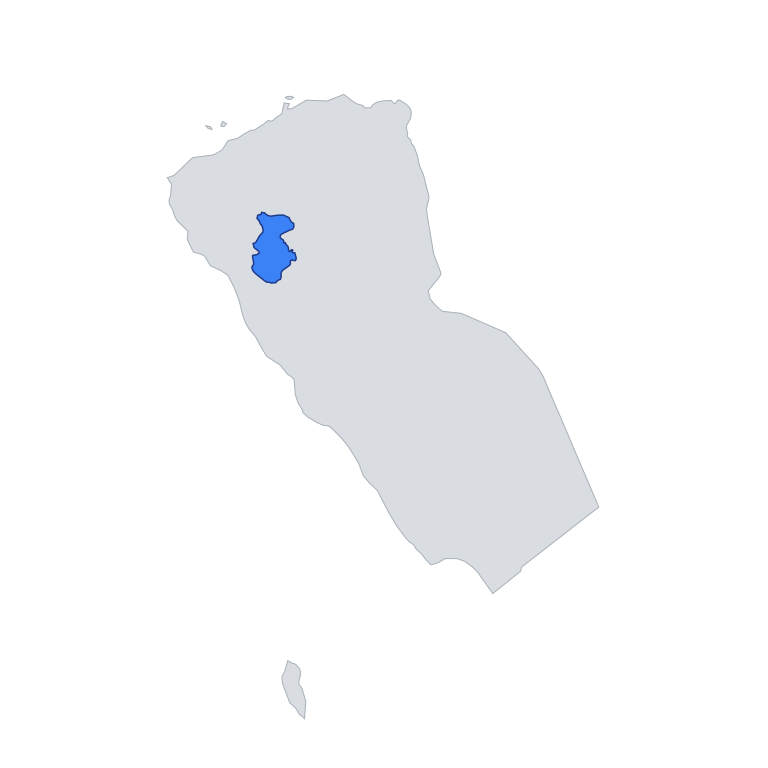 Al Bayda' on a map of Yemen (Mercator projection), rotated 75°
{"feature_id": "YEM-333", "entity_name": "Al Bayda'", "entity_type": "Governorate", "adm_level": 1, "iso_a3": "YEM", "parent_name": "Yemen", "parent_adm1": "", "projection": "mercator", "projection_center": [45.347, 14.319], "detail": "fine", "context": "in_parent", "style": "filled", "palette": "blue", "viewbox_px": 768, "rotation_deg": 75, "n_neighbors": 0, "source": "natural_earth", "source_scale": "10m", "svg_char_len": 4343}
<svg xmlns="http://www.w3.org/2000/svg" viewBox="0 0 768 768"><g transform="rotate(75 384 384)"><path d="M614.6,333.2L589.1,342.6L582.4,346.8L576.2,351.9L571.7,358.4L568.5,369.7L570.9,380.0L570.7,385.5L564.1,389.2L557.9,391.8L551.1,395.9L546.9,396.9L543.5,400.1L539.6,402.3L525.4,408.1L509.8,412.6L485.1,418.0L475.6,423.8L466.9,427.8L453.7,429.0L435.6,434.5L425.5,438.9L413.0,446.1L410.2,448.4L408.0,453.7L404.2,458.3L396.7,465.8L391.0,469.6L387.2,469.8L379.9,471.9L371.2,472.4L356.7,469.7L352.9,471.6L349.8,474.5L338.6,479.6L327.2,489.9L318.8,492.6L305.3,495.8L295.9,500.1L289.5,501.8L281.3,502.7L266.2,502.3L251.9,503.8L238.6,506.7L232.3,512.2L225.2,520.8L213.6,524.4L210.9,527.5L207.3,533.9L199.7,535.5L192.9,536.6L185.9,533.8L172.8,541.5L167.9,542.8L160.3,543.1L155.0,544.7L151.1,544.2L146.3,541.2L136.2,537.6L128.7,539.9L128.1,532.7L115.8,510.4L118.4,491.0L118.3,488.3L115.9,479.6L108.6,471.7L108.8,461.6L106.3,454.4L104.4,447.0L105.0,445.0L105.1,443.3L101.4,431.8L100.1,429.5L99.6,427.1L100.9,425.3L100.8,423.2L98.8,419.7L96.7,413.0L86.7,407.7L88.8,402.8L90.7,404.6L93.3,406.0L93.9,402.8L93.9,400.5L89.7,385.6L95.9,365.7L93.9,347.8L103.4,340.6L105.8,338.4L107.1,336.5L109.4,332.4L112.4,331.0L113.5,326.7L113.4,324.6L111.4,322.7L109.9,317.7L110.4,311.3L110.9,308.6L111.9,303.8L115.3,301.9L116.0,300.5L113.5,297.4L113.7,295.6L119.3,290.4L121.6,288.9L125.2,287.3L128.1,287.3L131.3,288.2L134.3,289.6L137.1,292.3L140.1,295.3L144.8,296.4L147.9,296.1L150.5,297.4L152.6,296.7L155.1,295.1L159.0,295.3L162.6,293.5L172.6,292.7L182.3,293.2L192.5,291.7L202.6,291.9L212.8,292.0L215.1,292.2L217.3,293.1L225.9,297.7L232.4,298.6L245.5,299.9L259.5,301.2L271.6,302.4L281.9,301.3L290.4,300.4L292.8,300.6L295.3,303.4L300.5,310.4L305.3,317.1L313.8,317.4L319.3,314.9L325.3,311.4L328.9,308.7L333.1,297.9L335.9,290.9L342.2,283.0L347.4,276.4L354.4,267.6L358.3,262.8L365.9,253.2L373.2,249.4L387.2,242.2L400.9,235.1L409.9,230.5L417.5,228.4L430.3,226.6L445.4,224.5L460.4,222.3L476.4,220.0L494.3,217.5L506.5,215.8L522.1,213.5L535.1,211.7L546.6,210.1L558.5,208.4L560.8,213.7L563.0,219.1L565.2,224.4L567.5,229.7L569.7,235.1L572.0,240.4L574.2,245.7L576.5,251.0L578.7,256.4L580.9,261.7L583.2,267.0L585.4,272.3L587.7,277.6L589.9,282.9L592.1,288.2L594.4,293.5L596.6,298.7L600.2,300.4L602.3,305.3L605.4,312.3L608.5,319.3L611.5,326.2L614.6,333.2ZM648.9,543.2L652.0,543.8L656.8,542.0L670.4,541.7L686.8,547.5L683.7,549.0L681.8,551.1L674.6,553.0L667.5,557.5L646.7,559.6L640.6,558.4L635.6,554.1L626.3,548.5L629.9,545.0L630.7,543.3L632.1,541.8L637.4,539.1L642.6,539.5L648.9,543.2ZM93.3,473.7L92.6,474.8L91.7,474.6L88.6,471.8L92.0,468.7L93.8,471.6L93.3,473.7ZM83.3,404.0L81.7,405.2L81.2,403.2L82.3,398.6L83.9,397.3L85.0,400.7L84.3,402.5L83.3,404.0ZM91.7,487.7L88.3,489.3L90.6,485.1L93.0,484.3L93.6,484.4L91.7,487.7Z" fill="#d9dde1" stroke="#a8b0b8" stroke-width="1"/><path d="M205.6,429.7L208.3,430.2L209.7,431.0L210.7,432.1L210.9,433.5L211.0,435.1L211.4,437.8L211.8,439.5L211.9,441.2L212.4,442.4L212.5,443.5L213.0,444.6L213.6,445.6L214.6,446.2L216.2,446.2L218.1,444.8L218.7,444.1L219.6,443.8L221.7,444.3L222.0,443.7L221.8,443.2L222.2,442.7L223.2,442.6L224.7,442.0L226.3,441.2L228.1,441.1L229.4,441.5L230.5,441.6L231.4,441.3L231.4,440.4L230.4,438.8L230.5,438.0L231.0,437.5L231.5,437.6L231.8,437.9L232.1,438.5L232.6,438.7L233.3,438.4L233.7,437.9L234.1,436.2L239.8,436.2L240.9,436.8L241.8,437.6L241.6,438.6L241.0,439.7L240.6,440.7L240.5,442.0L241.5,442.8L243.7,443.3L244.8,444.2L247.7,451.9L248.8,453.7L250.6,454.9L252.9,455.3L255.0,456.2L256.0,456.9L256.2,457.5L256.1,458.1L256.3,458.7L256.4,459.4L256.9,460.3L257.0,461.2L258.1,462.2L257.4,466.6L256.0,468.5L255.2,471.0L253.3,472.7L244.7,479.1L242.6,480.4L241.0,481.1L239.6,481.4L238.6,481.5L237.5,481.5L235.8,480.6L235.0,479.1L233.4,478.6L226.4,477.9L225.8,477.6L226.1,473.7L225.5,471.0L224.7,470.6L223.6,470.7L220.9,472.4L219.8,473.4L218.2,474.3L217.4,474.1L214.4,474.1L214.4,472.7L214.1,471.5L212.8,469.9L209.1,466.3L207.7,464.5L206.8,463.0L205.7,461.5L204.0,460.9L201.9,460.9L200.6,460.7L199.5,461.1L198.6,461.2L197.9,461.8L197.1,462.1L195.7,462.1L194.2,462.4L193.2,462.9L191.0,463.8L189.3,462.7L188.7,462.6L188.2,461.8L188.3,458.8L186.6,457.8L187.8,455.0L189.6,454.0L191.3,452.4L192.6,449.9L193.5,442.5L194.8,437.4L198.7,432.7L201.3,432.3L203.5,431.5L205.6,429.7Z" fill="#3b82f6" stroke="#1e3a8a" stroke-width="1.5"/></g></svg>